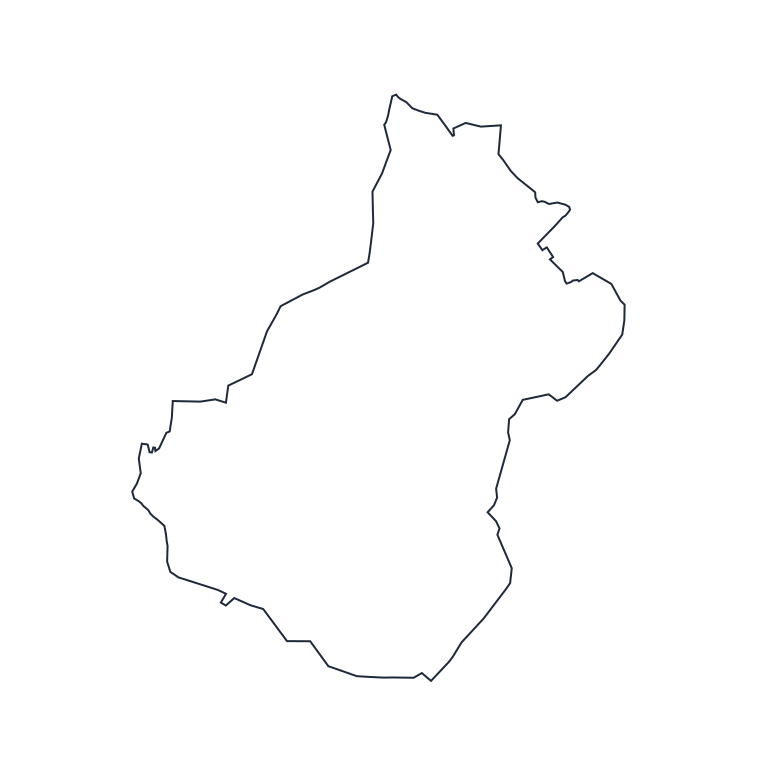 outline of Magumeri, Borno, Nigeria, rotated 291°
{"feature_id": "59680162B56106136996502", "entity_name": "Magumeri", "entity_type": "district", "adm_level": 2, "iso_a3": "NGA", "parent_name": "Nigeria", "parent_adm1": "Borno", "projection": "albers", "projection_center": [12.709, 12.216], "detail": "fine", "context": "isolated", "style": "outline", "palette": "slate", "viewbox_px": 768, "rotation_deg": 291, "n_neighbors": 0, "source": "geoboundaries", "source_scale": "gbopen_adm2", "svg_char_len": 2110}
<svg xmlns="http://www.w3.org/2000/svg" viewBox="0 0 768 768"><g transform="rotate(291 384 384)"><path d="M213.5,188.9L202.5,189.0L193.3,187.5L187.6,191.8L186.6,197.4L185.6,200.4L184.0,202.8L182.9,206.1L181.7,209.2L179.1,212.6L177.6,216.1L175.9,221.8L172.9,229.7L169.3,232.0L166.2,233.9L166.2,234.0L159.5,237.4L155.2,240.0L140.4,245.2L132.0,251.9L129.8,261.4L132.2,302.7L131.5,311.7L121.5,310.0L120.5,315.7L130.5,320.9L129.6,338.6L130.6,351.9L109.2,385.6L117.4,407.3L100.6,433.2L101.5,463.4L105.7,476.6L109.8,489.0L113.1,497.2L120.4,517.0L127.7,522.9L123.7,534.3L148.4,544.4L153.7,545.9L170.6,549.0L200.9,561.1L237.1,571.6L243.3,573.1L257.8,569.3L283.9,543.9L290.6,543.6L296.1,537.7L301.4,526.7L310.1,530.1L318.5,530.3L326.4,526.2L376.6,521.6L383.3,517.2L396.0,513.4L402.8,517.0L418.9,519.2L433.4,541.5L430.4,551.6L436.7,558.2L464.4,571.4L473.2,577.0L479.2,579.0L493.3,583.4L508.9,587.1L515.5,588.7L529.5,585.6L544.3,580.2L546.6,574.9L558.9,560.4L562.3,539.1L549.7,529.1L550.5,527.5L548.3,523.3L546.1,522.0L543.2,518.5L544.9,516.1L552.6,510.8L559.8,494.3L563.1,496.4L569.9,487.0L565.7,483.9L570.2,477.2L594.7,487.7L603.5,491.0L606.1,493.0L610.6,494.6L613.5,495.2L615.7,493.4L616.1,491.0L616.4,489.0L615.5,480.7L611.2,473.6L611.5,470.2L611.7,468.6L611.2,465.8L608.8,462.5L612.3,458.6L617.2,456.4L624.0,435.0L628.4,425.9L635.7,415.2L639.6,408.5L667.4,400.5L659.0,382.2L657.0,366.7L647.4,357.2L641.2,360.2L640.3,359.0L647.1,348.8L654.5,337.3L652.0,325.5L651.6,319.0L651.6,311.6L655.1,303.9L656.1,296.9L657.0,294.2L658.5,291.6L655.6,288.6L642.3,290.5L636.2,291.6L629.2,292.1L626.1,291.3L604.8,306.4L593.1,306.5L579.9,306.7L559.5,304.3L543.6,310.8L530.4,316.3L511.2,321.2L499.6,324.0L491.5,325.6L459.6,296.3L454.9,292.6L450.4,288.9L446.7,285.2L443.8,282.0L438.3,275.9L419.6,259.6L410.7,258.8L404.7,257.9L391.3,255.9L350.2,257.1L345.8,257.2L326.7,239.2L309.9,243.1L309.2,232.0L301.8,219.0L292.4,192.9L276.5,198.0L262.9,200.9L260.4,198.3L243.2,197.1L239.5,194.6L242.4,193.1L242.1,191.4L236.9,191.9L236.3,189.6L242.8,185.1L241.5,179.3L226.5,181.8L213.5,188.9Z" fill="none" stroke="#1e293b" stroke-width="2"/></g></svg>